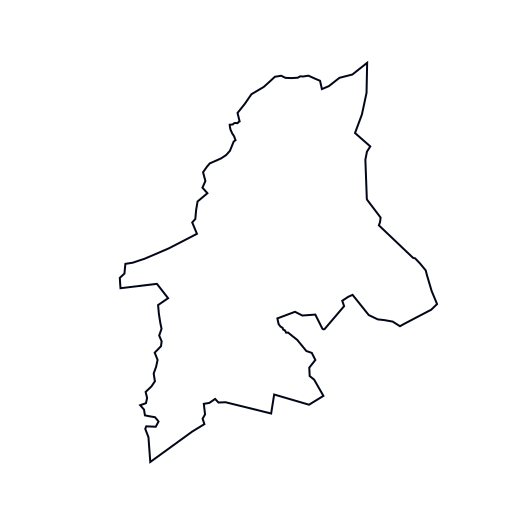 outline of Tofa, Kano, Nigeria, rotated 247°
{"feature_id": "59680162B46902450612836", "entity_name": "Tofa", "entity_type": "district", "adm_level": 2, "iso_a3": "NGA", "parent_name": "Nigeria", "parent_adm1": "Kano", "projection": "orthographic", "projection_center": [8.331, 12.025], "detail": "fine", "context": "isolated", "style": "outline", "palette": "ink", "viewbox_px": 512, "rotation_deg": 247, "n_neighbors": 0, "source": "geoboundaries", "source_scale": "gbopen_adm2", "svg_char_len": 2110}
<svg xmlns="http://www.w3.org/2000/svg" viewBox="0 0 512 512"><g transform="rotate(247 256 256)"><path d="M107.7,78.2L119.3,128.6L121.4,142.8L127.1,143.3L130.1,147.2L140.3,150.2L139.0,155.6L140.4,162.5L135.8,164.2L133.3,170.8L105.1,208.4L121.4,218.6L98.4,246.7L100.9,263.4L119.5,261.2L124.5,258.5L132.4,261.4L137.1,270.0L145.0,269.5L148.9,265.2L162.6,261.2L168.1,258.2L173.0,255.6L173.6,253.8L176.3,253.5L177.6,252.3L179.5,252.4L181.6,250.9L184.5,250.2L190.2,251.3L189.4,270.1L183.1,275.4L178.9,287.7L163.0,288.7L162.2,289.4L161.9,290.5L175.4,317.5L181.1,317.9L182.4,325.0L182.5,329.7L170.1,333.2L157.6,336.7L150.1,343.3L146.9,349.0L142.2,356.2L135.1,361.1L135.6,365.4L138.1,396.3L141.0,403.9L155.1,404.0L171.8,405.9L176.4,406.6L184.9,404.1L191.6,401.6L193.0,399.8L236.2,381.1L238.5,383.2L239.5,383.9L242.7,385.7L264.2,380.3L265.2,380.3L301.9,394.3L308.7,398.9L312.2,404.0L330.5,395.2L344.9,408.8L363.0,421.5L390.4,433.8L388.2,425.8L387.4,422.9L385.4,415.6L387.4,402.5L387.3,402.3L387.2,401.7L383.9,389.4L383.9,381.9L392.2,383.4L392.3,383.4L396.0,379.8L397.3,378.6L401.5,374.7L402.8,369.6L404.1,366.9L403.8,364.1L405.8,358.4L408.5,352.7L410.6,350.9L412.1,349.6L413.6,343.4L411.9,338.7L408.6,329.2L406.7,315.0L400.4,305.1L394.9,294.9L386.3,293.5L386.3,292.7L385.9,291.7L385.5,291.0L385.8,290.2L386.3,289.5L386.7,288.4L386.7,287.5L386.2,285.9L387.1,283.1L384.9,282.4L382.3,281.9L378.1,282.0L374.9,282.6L370.6,282.4L370.1,280.2L363.0,273.1L360.6,268.0L359.5,262.1L359.3,249.6L357.4,245.8L353.8,240.0L344.8,238.7L339.8,233.4L332.8,235.8L329.0,223.5L321.8,218.9L313.8,214.6L311.8,210.4L299.5,210.3L297.1,178.6L297.0,152.1L297.3,149.0L298.0,139.9L299.8,132.7L291.2,128.0L289.1,122.1L283.5,120.1L279.3,118.7L269.1,153.9L251.5,158.6L249.1,146.7L240.7,144.0L231.9,141.8L225.9,140.6L220.6,135.8L214.3,135.8L210.1,133.3L206.6,125.0L198.8,124.8L193.1,120.8L187.8,115.9L180.2,114.0L176.8,108.8L174.0,101.3L167.9,100.3L163.5,97.2L163.9,91.1L158.4,92.9L152.7,91.5L149.9,95.6L147.1,100.0L143.7,101.1L141.7,101.6L138.0,97.0L142.1,88.4L140.1,86.5L131.2,86.2L107.7,78.2Z" fill="none" stroke="#020617" stroke-width="2"/></g></svg>